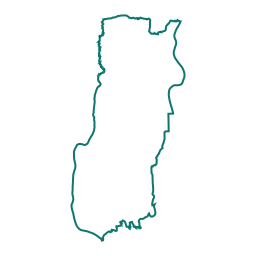 Cheung Prey, Kâmpóng Cham, Cambodia (Equal Earth projection)
{"feature_id": "14789045B53354113316917", "entity_name": "Cheung Prey", "entity_type": "district", "adm_level": 2, "iso_a3": "KHM", "parent_name": "Cambodia", "parent_adm1": "Kâmpóng Cham", "projection": "equal_earth", "projection_center": [105.065, 12.092], "detail": "fine", "context": "isolated", "style": "outline", "palette": "teal", "viewbox_px": 256, "rotation_deg": 0, "n_neighbors": 0, "source": "geoboundaries", "source_scale": "gbopen_adm2", "svg_char_len": 5712}
<svg xmlns="http://www.w3.org/2000/svg" viewBox="0 0 256 256"><path d="M101.9,240.6L103.1,240.2L103.2,238.6L102.6,237.7L104.3,234.8L105.9,233.8L106.5,233.1L108.7,231.5L109.5,231.6L110.4,232.3L110.8,232.2L111.3,230.9L111.9,231.1L111.9,229.8L113.7,230.0L115.2,230.9L116.1,230.9L116.8,230.6L116.7,229.4L116.9,228.5L116.3,227.0L116.5,226.2L117.5,226.4L118.3,226.1L118.8,226.1L119.5,225.7L120.2,225.8L121.0,225.1L121.5,225.3L121.4,224.7L121.7,224.0L121.3,223.9L120.2,222.3L120.4,221.9L121.6,222.5L121.5,221.7L122.0,221.6L122.8,220.5L123.8,220.9L124.9,221.9L125.3,222.9L126.4,226.2L126.8,226.9L127.6,226.9L128.4,226.6L128.9,227.0L129.2,228.4L129.8,228.8L130.0,227.9L130.5,227.2L130.4,226.1L129.7,225.0L130.0,224.5L130.1,223.6L129.7,222.8L130.6,222.2L132.0,221.9L132.7,223.9L133.4,224.5L133.7,226.6L134.3,227.0L135.2,226.5L135.8,227.2L136.0,228.1L136.5,228.3L136.5,227.1L138.0,226.9L138.8,227.2L139.2,228.3L140.0,228.3L140.5,228.2L140.7,227.3L139.9,226.4L139.4,225.2L139.4,222.8L138.7,221.6L139.0,220.3L139.6,219.5L140.8,218.8L142.3,218.9L143.5,218.7L144.8,217.6L147.6,216.3L148.5,214.1L149.0,213.4L150.0,215.5L151.0,216.6L152.6,216.5L154.3,215.5L155.2,214.3L155.4,212.5L154.8,209.4L154.0,206.5L154.3,205.0L154.6,204.4L152.4,205.4L152.1,204.0L153.0,199.6L153.8,198.1L154.0,196.2L153.6,195.3L152.9,194.8L152.5,194.1L152.6,193.1L153.1,192.2L153.2,188.6L152.7,182.6L152.5,175.1L151.5,172.8L151.4,167.2L152.0,166.2L152.8,166.5L153.3,165.6L153.6,165.4L154.0,165.4L154.5,165.1L155.2,165.3L155.8,164.5L156.2,164.3L156.6,163.8L156.5,162.8L156.7,162.2L156.6,161.1L156.8,160.0L156.5,159.8L156.4,158.3L156.1,157.6L156.9,156.9L157.0,156.3L157.4,156.0L157.9,154.6L158.3,154.5L158.9,153.7L159.0,152.9L159.4,152.5L159.5,152.0L160.1,150.4L161.9,148.5L162.6,148.0L162.2,147.2L162.3,145.9L162.6,145.5L162.9,144.1L163.7,142.6L163.6,142.1L164.6,139.0L164.5,132.2L165.5,131.4L168.7,131.3L168.4,113.8L173.1,113.6L172.8,111.8L169.8,101.4L168.8,95.8L168.8,93.0L169.3,89.8L169.9,88.8L170.6,87.9L172.5,86.1L173.7,85.5L174.7,85.2L176.2,85.3L179.1,85.1L180.6,84.6L181.7,83.9L182.4,82.7L184.4,76.9L184.5,75.1L184.4,73.6L184.2,72.3L183.2,69.5L181.7,66.8L178.1,62.4L175.7,58.9L174.7,57.2L173.8,54.3L173.7,52.3L174.9,47.6L175.8,45.2L176.2,43.4L176.2,42.1L175.9,40.8L174.6,37.8L174.3,35.6L174.5,34.1L176.1,29.8L179.8,23.3L180.4,21.8L179.8,22.0L179.4,21.6L179.3,21.0L178.9,21.0L178.6,20.7L178.0,20.9L177.4,20.2L176.6,21.1L176.3,20.7L175.4,20.9L175.4,21.4L175.0,21.4L174.7,20.9L174.3,21.2L173.3,21.1L172.8,21.3L172.2,21.1L172.0,20.8L170.9,20.6L170.4,20.6L170.0,21.5L169.4,22.4L168.9,23.5L168.0,24.0L166.2,26.1L165.9,27.3L165.9,29.1L165.5,30.1L165.1,30.6L164.8,30.9L163.0,31.4L162.4,31.8L162.1,31.7L161.3,32.3L160.7,31.8L160.3,32.1L159.8,32.1L159.3,32.0L158.8,32.2L158.3,32.5L158.1,33.4L158.2,33.9L158.0,34.3L157.0,33.7L156.4,34.1L155.7,33.8L154.7,33.2L154.7,33.7L154.1,33.6L153.7,33.9L152.2,33.6L151.3,33.7L151.0,33.6L150.1,32.3L149.8,32.2L149.3,31.7L149.1,31.3L149.3,30.2L149.6,29.1L149.6,28.4L149.9,27.4L150.0,25.3L149.8,24.6L150.1,24.0L150.1,23.6L149.8,22.7L150.1,21.7L150.0,21.0L150.3,20.1L149.2,18.7L147.9,18.9L147.2,19.4L146.8,18.9L146.3,19.1L142.4,18.3L141.9,18.3L140.6,17.6L140.3,17.7L139.6,18.5L138.9,18.1L138.5,18.1L138.4,19.0L137.6,19.2L136.9,18.1L136.2,18.1L135.2,18.6L134.7,18.5L133.5,17.7L131.2,18.3L130.4,17.8L129.1,17.7L128.2,16.6L126.3,15.5L124.9,15.4L121.5,15.5L118.8,16.0L117.9,16.0L115.4,17.3L113.9,17.4L113.5,17.6L112.4,17.6L111.9,18.1L110.9,18.4L108.3,18.5L105.8,19.1L104.8,19.0L103.9,19.5L103.3,19.4L103.4,20.2L102.9,20.9L102.6,21.5L101.8,22.0L102.1,22.7L102.3,23.0L102.7,23.1L103.3,24.0L102.1,25.5L102.5,26.0L102.4,26.7L102.8,27.0L102.9,27.5L102.2,27.9L102.2,28.4L103.0,29.4L103.2,30.8L102.6,32.3L102.9,32.7L103.4,32.6L103.7,33.0L103.4,33.4L103.3,34.4L103.0,34.9L102.4,34.0L102.1,34.5L102.0,35.4L101.4,35.6L101.1,36.0L99.7,35.8L99.4,36.2L99.7,36.5L100.3,36.6L100.3,37.2L99.7,37.5L99.6,38.8L99.7,39.4L99.7,40.9L99.0,41.1L98.3,41.9L98.9,41.9L98.9,43.3L99.6,43.4L99.6,44.0L98.7,44.6L99.2,45.3L98.8,46.2L99.3,46.5L99.3,47.0L99.8,46.7L100.5,47.2L100.4,47.7L99.8,47.8L99.9,48.7L99.6,48.7L99.2,49.1L99.2,49.6L99.6,49.5L99.9,50.1L99.5,50.1L99.3,50.7L99.5,52.1L99.1,52.7L99.2,53.1L98.9,53.6L99.3,54.0L99.3,54.6L98.9,55.2L99.0,55.8L99.7,55.3L99.8,55.9L100.4,56.6L99.8,57.6L100.0,58.3L99.8,58.8L99.5,59.0L99.5,59.8L99.1,60.6L99.2,61.8L99.5,62.2L100.3,61.9L100.0,62.9L99.2,63.5L99.7,64.1L100.2,63.9L100.2,64.4L100.4,64.9L100.8,64.6L101.3,65.2L101.3,66.1L100.9,66.5L101.0,67.0L101.9,67.1L101.6,67.5L102.6,68.7L102.9,68.5L103.2,68.7L103.6,68.5L103.9,68.7L103.5,69.6L103.8,69.8L104.3,69.8L104.5,70.6L104.1,71.0L104.3,71.6L103.9,72.4L103.2,72.7L102.6,72.4L102.0,72.9L101.7,73.3L101.2,73.4L100.7,74.0L100.5,73.7L99.7,74.5L99.0,74.2L98.8,75.3L98.4,75.5L98.3,76.0L98.0,76.4L98.4,77.0L98.1,78.8L98.2,79.2L98.2,80.0L98.4,81.0L99.1,81.4L99.2,82.0L99.6,82.2L100.0,82.7L100.5,83.7L100.6,84.3L100.4,85.0L100.0,85.2L99.3,86.3L98.8,86.3L97.9,87.0L97.2,88.2L96.3,90.3L94.7,95.7L94.8,96.7L94.4,97.9L94.6,98.5L94.3,99.0L94.7,100.9L94.7,101.7L93.6,111.4L93.8,112.3L93.5,112.9L93.1,114.4L93.3,115.8L94.1,116.7L94.0,117.1L94.3,117.9L94.1,118.8L94.2,119.4L94.1,120.4L94.4,120.8L94.5,122.8L94.4,125.3L94.5,126.0L94.5,127.8L94.0,130.3L93.6,131.8L92.0,135.3L91.1,136.5L89.1,140.0L88.5,141.6L87.5,143.6L85.1,145.0L84.5,145.0L81.2,144.0L78.9,144.0L77.2,144.8L75.3,148.3L74.4,150.3L73.9,151.9L74.1,158.3L75.5,165.7L75.2,168.3L74.4,170.5L73.3,174.4L72.6,188.2L72.7,189.4L72.4,192.0L72.4,194.4L73.1,197.1L73.3,199.0L73.0,201.0L72.5,202.6L71.6,204.6L71.5,206.2L72.0,209.3L73.2,213.3L74.4,219.3L75.4,222.4L76.3,224.9L77.0,226.3L79.1,228.9L81.2,230.1L87.1,231.3L93.5,233.6L96.9,235.7L100.4,238.3L101.4,239.3L101.9,240.6Z" fill="none" stroke="#0f766e" stroke-width="2"/></svg>